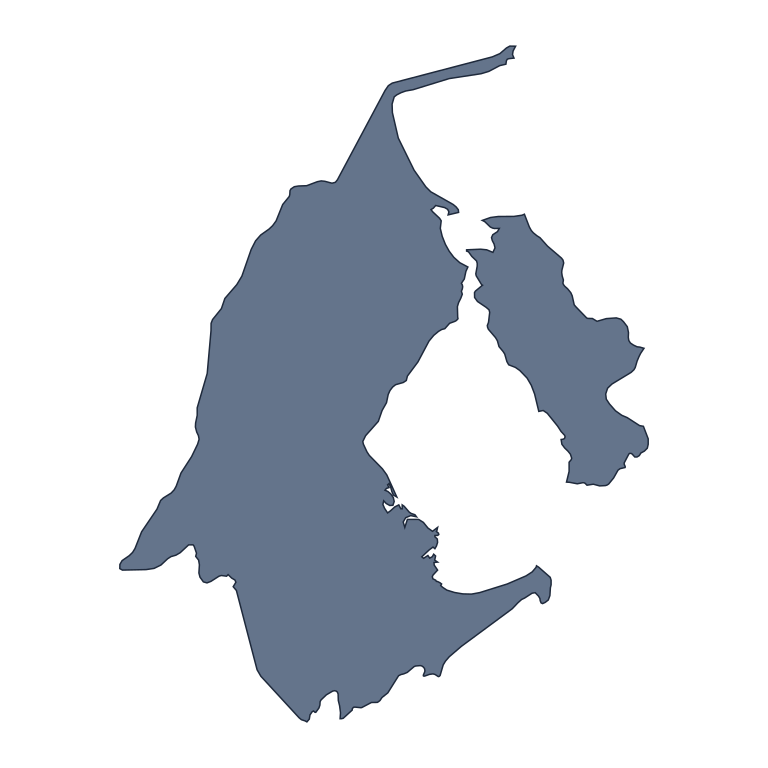 SVG path tracing the border of Zulia
{"feature_id": "VEN-31", "entity_name": "Zulia", "entity_type": "State", "adm_level": 1, "iso_a3": "VEN", "parent_name": "Venezuela", "parent_adm1": "", "projection": "mercator", "projection_center": [-71.765, 10.117], "detail": "fine", "context": "isolated", "style": "filled", "palette": "slate", "viewbox_px": 768, "rotation_deg": 0, "n_neighbors": 0, "source": "natural_earth", "source_scale": "10m", "svg_char_len": 6108}
<svg xmlns="http://www.w3.org/2000/svg" viewBox="0 0 768 768"><path d="M509.8,46.1L515.6,46.2L513.1,51.0L512.5,54.6L514.0,58.1L508.7,58.7L507.2,59.3L506.4,60.8L505.9,64.2L499.8,65.6L488.8,71.4L481.2,73.7L449.1,78.6L413.1,89.7L405.7,91.0L401.0,92.7L396.7,94.9L394.2,96.9L392.1,104.1L392.4,112.6L398.3,138.1L414.1,170.2L425.8,186.8L430.8,191.8L453.2,204.5L456.1,206.9L458.3,209.7L458.6,212.4L448.1,214.9L448.9,211.9L447.6,209.3L444.7,207.6L435.7,205.5L433.3,208.2L431.0,209.6L432.7,211.8L439.6,218.3L441.2,220.8L440.3,228.4L442.2,236.3L445.4,244.4L449.2,251.2L453.8,257.3L459.8,262.7L467.9,267.0L465.9,271.4L464.3,279.0L461.4,283.3L462.3,284.8L462.7,286.8L462.3,289.0L461.4,291.2L462.3,294.2L460.8,298.2L458.6,302.6L457.4,306.6L457.7,317.3L458.0,318.4L457.7,319.2L456.1,320.7L454.8,321.4L449.6,323.3L444.8,328.7L441.7,329.5L438.5,331.4L433.7,335.4L429.0,341.1L417.9,362.0L407.4,376.1L406.3,380.5L403.3,382.5L395.6,384.7L392.6,387.1L390.0,390.5L388.2,394.5L386.5,402.7L382.1,410.5L378.3,421.4L365.6,435.7L362.8,441.5L363.4,444.2L367.0,451.9L369.3,455.4L382.4,468.8L386.8,474.9L396.8,497.0L393.4,495.0L391.8,491.4L390.7,487.2L389.0,483.6L387.6,484.8L389.0,487.6L386.5,488.4L385.0,490.2L387.9,491.5L390.9,494.1L393.3,497.5L394.2,501.5L392.9,505.3L389.8,505.5L386.2,503.5L383.7,500.8L382.9,504.4L384.5,508.2L387.6,512.9L390.5,510.8L394.8,506.9L398.8,504.9L400.8,508.8L402.2,508.8L402.2,504.9L404.2,506.3L409.3,512.2L411.3,513.5L414.9,514.7L416.5,516.8L410.7,515.6L405.7,517.7L403.2,522.0L404.8,527.4L407.4,519.4L418.6,519.4L423.4,522.4L427.9,528.0L432.5,531.3L437.6,527.4L436.9,530.6L436.4,531.5L438.4,533.1L438.8,534.5L437.7,535.4L434.9,535.5L434.9,536.8L437.3,539.0L437.6,542.4L436.5,545.9L434.9,548.7L433.0,547.1L429.2,549.9L421.8,556.8L423.6,558.3L427.9,555.5L429.7,558.1L432.3,556.7L433.7,554.2L435.6,556.0L434.7,560.1L437.6,562.1L434.0,562.5L434.2,565.1L437.6,570.1L433.0,575.1L432.3,576.7L432.9,578.8L435.7,580.2L436.4,581.4L437.5,581.5L439.9,582.7L441.6,584.0L440.7,585.5L442.5,587.2L446.8,590.1L454.6,592.5L462.9,593.9L471.5,594.1L479.7,592.6L507.2,584.0L526.0,575.9L532.2,571.9L536.1,567.3L536.5,565.8L538.7,567.2L550.2,577.3L551.1,580.2L551.1,584.8L550.4,587.7L549.9,595.6L548.3,600.0L545.2,602.4L542.6,603.6L541.1,602.9L540.2,600.7L539.9,598.5L538.5,596.1L535.2,592.7L532.1,593.2L524.7,598.0L521.6,599.5L517.8,602.9L512.3,608.7L461.3,646.4L449.3,656.7L445.5,661.1L443.2,664.9L440.1,675.5L439.2,676.4L438.3,676.6L435.1,674.5L433.0,673.9L429.4,674.4L424.6,676.1L423.5,676.0L423.3,675.2L424.8,671.6L424.9,670.5L424.5,668.5L423.3,667.0L421.7,665.9L420.3,665.6L415.6,666.0L414.1,666.6L407.3,672.4L403.7,673.9L401.1,674.5L398.6,675.7L387.8,692.9L382.0,697.5L380.0,700.5L378.5,701.7L377.3,702.4L371.4,702.5L361.7,707.6L360.7,707.7L354.9,707.1L353.5,707.3L352.3,708.7L352.2,710.1L343.2,718.3L341.5,718.7L340.1,718.7L340.5,712.8L339.6,705.8L338.3,700.5L338.1,693.9L337.3,692.0L336.2,691.1L334.6,690.7L332.7,691.1L326.4,694.8L321.0,700.0L320.1,701.7L319.9,705.1L318.9,708.1L315.8,712.3L315.0,712.3L313.5,711.0L312.2,711.7L310.0,714.9L309.3,719.1L306.9,721.9L305.1,720.9L301.4,719.7L299.1,717.8L260.9,676.3L257.1,669.8L236.4,590.5L233.2,586.7L235.9,582.2L234.9,580.0L231.7,578.1L228.1,574.6L226.6,576.2L221.3,575.5L219.0,576.2L210.9,581.4L207.0,582.9L203.4,581.9L200.0,577.2L198.9,573.0L199.4,564.8L198.6,560.1L195.7,556.4L196.5,553.2L194.1,546.2L193.0,544.8L188.6,544.9L180.2,552.7L175.9,555.2L171.0,556.6L167.6,558.8L161.0,565.0L154.1,568.4L146.1,569.6L122.4,570.1L119.8,568.6L119.9,564.4L122.1,560.6L129.2,555.7L132.6,552.4L135.0,548.5L141.6,531.8L157.0,509.1L160.6,500.5L163.4,497.9L171.1,493.1L174.2,489.8L176.2,486.2L181.0,473.0L191.6,456.6L197.6,444.2L199.1,439.2L198.4,435.6L196.7,432.0L195.4,427.0L195.6,423.0L197.2,415.4L197.2,407.8L207.2,373.5L211.0,330.8L211.1,323.3L212.6,319.5L221.4,308.6L224.9,298.4L236.8,284.6L241.9,276.1L251.2,249.4L255.6,240.8L260.7,235.0L269.0,229.1L272.6,225.7L276.1,220.9L282.7,204.5L289.3,196.4L289.8,194.5L290.0,190.7L290.9,189.0L294.3,186.7L298.4,186.0L306.7,185.7L317.3,181.7L321.2,180.9L324.9,181.3L332.0,183.2L335.4,182.3L337.4,179.8L385.1,90.4L388.4,85.6L392.2,83.1L492.2,56.9L499.9,53.6L506.4,48.0L509.8,46.1ZM566.5,482.1L569.1,471.4L569.1,462.2L571.2,459.7L571.7,458.2L570.4,454.2L568.0,451.2L564.7,448.0L561.9,444.3L561.1,439.5L563.2,439.2L564.5,438.5L565.1,436.8L564.6,435.3L561.1,431.5L557.6,426.1L547.3,413.3L543.2,410.5L538.8,411.4L534.6,394.0L531.3,385.3L527.1,378.1L519.8,370.5L515.4,367.4L508.7,364.8L506.9,361.6L504.7,354.0L503.0,351.4L499.0,346.6L497.4,340.8L495.5,337.6L488.4,329.3L487.6,327.4L487.3,325.5L488.5,322.4L489.7,312.3L489.0,309.8L486.1,307.3L477.5,301.5L474.6,297.5L474.5,292.6L475.4,291.1L482.5,285.2L481.6,284.7L476.2,275.8L475.8,273.8L477.2,266.1L477.2,263.2L476.5,260.9L471.8,256.4L468.5,251.8L466.6,251.1L466.6,249.8L480.6,249.2L486.7,249.8L492.9,252.4L495.0,247.9L494.1,244.1L492.3,240.6L491.5,237.6L492.8,234.7L497.5,231.6L499.3,228.4L494.4,228.5L492.6,228.1L490.3,227.0L484.7,221.6L482.3,220.4L490.5,217.5L498.2,216.5L514.0,216.4L522.1,215.2L524.4,214.2L529.3,226.9L531.3,230.5L533.3,232.8L537.0,235.8L540.0,237.7L547.5,246.1L561.5,258.1L563.0,260.1L563.7,263.0L561.9,270.2L561.7,272.5L562.2,276.0L563.4,280.0L562.9,283.2L563.5,284.6L564.7,286.2L567.7,288.9L570.8,292.7L572.2,295.8L574.2,304.8L575.6,306.5L586.6,317.9L587.7,318.4L592.4,318.5L597.0,321.3L606.3,318.6L616.3,317.9L620.9,319.2L623.5,321.7L627.3,326.7L628.5,332.6L628.3,337.4L628.8,340.5L630.4,343.0L633.5,345.1L637.1,346.8L639.9,347.1L644.0,348.3L640.6,353.4L639.0,356.6L637.1,361.1L635.2,367.6L633.9,369.8L631.1,372.4L612.0,384.0L607.6,388.2L605.7,394.0L606.3,399.2L609.5,404.0L615.5,410.8L621.8,415.3L627.2,417.6L639.6,425.6L643.4,426.3L648.2,438.8L648.2,444.3L647.3,448.2L644.4,451.1L640.9,453.0L639.3,455.6L637.0,457.0L634.8,457.0L632.1,454.0L631.0,453.4L629.6,453.4L628.8,454.1L624.2,462.9L624.2,464.2L625.2,466.5L625.1,467.5L620.0,468.7L618.0,470.2L613.6,478.0L608.7,484.0L607.0,485.1L605.4,485.6L599.6,485.9L593.3,484.2L587.0,485.2L585.1,483.3L584.1,482.8L582.8,482.7L577.3,483.8L569.5,482.3L566.5,482.1Z" fill="#64748b" stroke="#1e293b" stroke-width="1.5"/></svg>